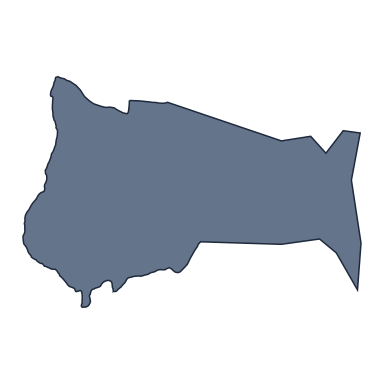 the district of Barre St Joseph, Anse-la-Raye, Saint Lucia
{"feature_id": "8701671B21993534180379", "entity_name": "Barre St Joseph", "entity_type": "district", "adm_level": 2, "iso_a3": "LCA", "parent_name": "Saint Lucia", "parent_adm1": "Anse-la-Raye", "projection": "equal_earth", "projection_center": [-61.026, 13.973], "detail": "fine", "context": "isolated", "style": "filled", "palette": "slate", "viewbox_px": 384, "rotation_deg": 0, "n_neighbors": 0, "source": "geoboundaries", "source_scale": "gbopen_adm2", "svg_char_len": 5603}
<svg xmlns="http://www.w3.org/2000/svg" viewBox="0 0 384 384"><path d="M58.1,76.7L58.0,76.9L57.3,77.0L56.8,77.1L56.4,77.1L56.2,77.1L55.7,77.6L55.4,78.2L55.4,78.7L55.2,80.0L54.7,81.3L54.3,82.0L54.1,82.4L53.9,83.3L53.7,84.1L53.6,84.8L53.4,85.4L53.3,85.8L53.2,86.2L52.6,87.6L51.9,89.1L51.5,90.0L51.2,90.8L51.0,91.4L50.7,92.3L50.7,93.0L50.6,93.5L50.5,94.5L50.5,95.0L50.7,95.8L50.8,96.0L51.0,96.3L51.3,96.3L51.5,96.3L51.8,96.3L52.1,96.3L52.3,96.6L52.8,97.3L53.0,98.1L52.9,98.4L52.9,99.0L52.8,99.4L52.7,99.9L52.7,100.8L52.6,101.5L52.6,102.2L52.6,103.1L52.4,104.6L52.4,105.2L52.4,106.1L52.5,106.6L52.4,107.4L52.3,108.3L52.3,108.8L52.4,109.2L52.6,109.7L52.6,110.6L52.7,111.5L52.9,112.6L53.0,114.4L53.0,115.6L53.1,116.6L53.4,117.7L53.7,117.9L53.8,118.1L53.8,118.8L54.0,119.8L54.2,120.4L54.3,120.6L54.7,120.8L55.1,121.3L55.1,121.8L55.1,122.2L55.3,122.7L55.6,123.8L55.7,124.1L55.8,124.7L56.2,126.0L56.0,127.3L56.0,127.7L56.2,128.2L56.4,128.5L56.7,128.8L57.0,129.5L57.4,130.4L57.5,131.6L57.5,132.0L57.4,133.3L57.4,133.6L57.3,135.1L57.3,135.6L57.2,135.9L57.2,136.2L56.9,137.6L56.7,138.2L56.6,138.5L56.5,138.8L56.4,139.4L56.3,140.1L56.1,140.9L56.0,142.0L55.8,143.1L55.8,143.4L55.7,144.1L55.7,144.4L55.5,145.2L55.4,145.6L55.2,146.0L55.0,146.4L54.9,146.7L54.8,146.9L54.5,147.7L54.2,148.5L54.1,149.0L53.7,150.0L53.5,150.6L53.2,151.3L53.0,151.6L52.7,152.1L52.3,152.7L51.9,153.3L51.6,153.7L51.4,154.5L51.3,154.9L51.2,156.0L50.8,157.4L50.6,158.0L50.4,158.6L50.1,159.2L50.0,159.7L49.8,160.0L49.6,160.6L49.3,161.4L49.0,162.0L48.7,162.8L48.2,163.3L48.1,163.5L47.9,164.2L47.8,164.6L47.5,165.4L47.4,165.8L47.3,166.0L47.2,166.4L47.0,166.9L46.8,167.4L46.7,167.9L46.5,168.2L46.3,168.9L46.0,169.2L45.8,169.4L45.6,169.6L45.3,170.2L45.3,170.9L45.4,171.5L45.5,173.6L46.1,174.4L46.6,175.3L46.8,177.1L46.8,178.1L46.8,179.0L46.6,180.1L46.5,180.6L45.7,182.6L45.6,183.0L45.2,183.6L44.9,184.1L44.5,185.2L44.5,186.0L44.4,186.4L44.6,187.9L44.6,188.2L44.8,189.0L44.6,189.7L44.4,190.6L44.1,191.0L43.8,191.5L43.4,191.6L42.8,191.9L42.1,192.2L41.6,192.5L41.2,192.5L40.6,192.9L39.9,193.4L39.3,194.0L38.4,195.1L38.0,195.7L36.5,198.5L35.2,200.2L34.5,201.0L33.1,202.6L32.1,204.0L31.6,204.8L30.5,206.7L29.6,208.3L29.0,209.6L28.2,210.7L27.3,211.6L26.0,214.0L25.3,215.7L24.9,218.3L25.0,220.6L25.1,221.3L24.4,222.9L24.4,224.1L24.8,225.2L24.8,229.8L24.9,231.1L24.8,232.1L23.9,234.5L23.1,235.7L23.0,237.4L23.3,240.8L23.6,242.7L23.9,244.0L24.8,245.1L25.3,245.6L25.7,246.5L26.0,246.8L26.5,247.5L27.3,249.4L27.6,250.1L27.7,250.5L27.9,251.2L28.1,251.6L28.2,251.9L28.6,252.7L28.9,253.2L29.6,254.0L29.8,254.3L30.5,255.1L31.0,255.8L31.3,256.7L31.5,257.2L31.9,257.5L32.1,257.6L32.8,258.1L33.7,258.7L34.4,259.1L34.9,259.4L35.5,259.6L35.9,259.7L36.4,260.0L36.6,260.4L36.8,260.7L37.1,261.1L37.7,261.6L38.0,261.8L38.4,262.0L38.6,262.1L39.8,263.0L40.1,263.2L40.7,263.4L41.2,263.5L41.6,263.5L42.0,263.4L42.8,264.1L43.4,264.7L43.8,265.3L44.0,265.6L44.2,266.0L44.8,266.3L45.7,266.4L46.3,266.7L47.0,267.0L47.8,267.4L48.8,267.7L49.8,268.3L51.2,269.0L52.7,269.2L53.7,269.2L54.6,269.2L54.8,269.2L55.5,269.5L56.5,270.5L57.2,271.2L57.6,272.0L58.3,273.0L59.1,273.9L59.5,275.0L59.7,275.8L60.9,276.7L61.0,276.8L62.3,278.1L63.7,279.7L64.3,280.3L65.0,281.2L66.3,282.8L66.9,283.6L67.7,284.9L68.3,285.4L68.8,285.8L69.3,286.5L69.8,286.6L71.0,287.0L71.9,287.3L73.4,288.0L73.6,288.1L74.2,288.2L75.0,289.6L75.2,290.6L75.4,290.9L75.7,291.4L76.0,291.6L77.0,291.5L78.2,291.2L79.1,290.9L79.8,290.5L80.3,290.5L80.6,290.6L80.9,290.9L81.1,291.1L81.5,291.5L81.6,292.2L82.1,294.0L82.1,294.3L82.2,296.7L82.3,297.3L82.2,298.0L82.2,299.2L82.1,301.3L82.1,301.7L82.0,303.3L81.9,303.6L81.6,304.6L81.3,305.4L81.5,306.4L81.7,306.6L82.0,307.1L82.7,307.3L84.1,307.0L84.8,307.1L85.3,307.1L86.0,307.0L86.5,306.8L87.1,306.5L88.1,305.9L88.7,305.3L89.1,304.7L89.9,303.2L90.3,302.1L90.4,301.8L90.4,300.8L90.3,300.5L90.2,299.7L89.9,298.0L89.8,297.6L89.4,296.3L89.5,295.1L90.3,294.4L90.4,293.2L90.5,292.9L90.6,292.2L91.0,291.4L91.4,290.6L91.5,290.4L91.9,289.8L92.3,289.5L92.6,289.4L93.2,289.1L93.8,289.0L94.4,288.8L94.6,288.7L95.4,288.1L95.7,288.0L96.3,287.9L97.2,287.6L97.6,287.5L99.9,286.6L100.4,286.1L100.7,285.8L101.2,284.8L101.7,284.0L101.9,283.7L102.5,283.0L103.7,282.0L104.4,281.6L104.9,281.4L105.5,281.0L106.7,280.6L107.5,280.5L108.7,280.4L110.0,280.8L110.4,281.1L111.2,281.6L111.7,282.3L112.0,283.6L112.1,284.0L112.2,285.3L112.4,286.6L112.4,287.4L112.8,288.4L113.1,289.2L113.3,290.6L113.2,291.5L113.4,291.4L115.0,291.5L115.4,291.5L116.6,291.0L117.6,289.9L118.4,289.1L119.5,288.2L121.1,287.0L122.1,285.6L123.3,284.3L124.8,282.8L126.0,280.8L126.7,279.5L127.3,278.7L128.5,277.7L130.2,277.4L132.2,276.9L134.3,276.3L136.5,276.1L138.8,276.0L141.1,276.2L142.6,275.8L144.2,275.2L146.7,274.7L148.5,274.1L150.0,273.1L151.1,272.6L153.0,272.2L154.5,271.8L156.2,270.9L157.9,270.0L160.0,269.6L162.4,269.8L163.6,269.8L165.1,269.7L165.9,269.2L167.1,268.5L168.1,268.1L169.2,267.7L169.5,267.8L171.5,268.9L173.2,270.5L174.4,271.6L176.1,272.4L178.1,272.6L180.2,271.8L184.2,267.8L187.3,264.4L190.7,257.5L194.5,250.8L197.5,246.4L198.3,244.2L200.7,241.7L200.9,241.8L281.4,244.3L319.6,239.0L336.3,252.9L357.5,289.9L361.0,243.2L351.4,180.1L360.2,133.0L343.2,130.7L325.9,153.2L310.7,136.3L281.4,140.9L167.5,102.3L165.5,103.0L162.3,103.3L158.6,103.0L155.2,102.4L152.9,102.4L147.6,101.7L139.6,100.9L130.3,100.5L129.3,101.1L129.3,103.8L128.8,109.0L128.2,112.6L127.1,113.7L123.1,112.9L117.6,110.1L114.1,107.8L109.7,107.1L106.9,107.4L104.4,107.2L100.1,106.0L93.7,103.8L89.8,101.2L84.9,96.9L83.8,95.5L80.3,90.0L75.9,85.3L69.7,81.2L67.0,80.5L64.4,78.8L61.7,78.2L59.8,77.6L58.1,76.7Z" fill="#64748b" stroke="#1e293b" stroke-width="1.5"/></svg>